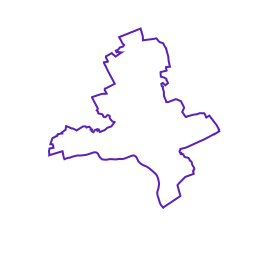 outline of Rundāles pag., Rundales, Latvia, rotated 157°
{"feature_id": "27541924B12061124033846", "entity_name": "Rundāles pag.", "entity_type": "district", "adm_level": 2, "iso_a3": "LVA", "parent_name": "Latvia", "parent_adm1": "Rundales", "projection": "mercator", "projection_center": [24.042, 56.399], "detail": "fine", "context": "isolated", "style": "outline", "palette": "violet", "viewbox_px": 256, "rotation_deg": 157, "n_neighbors": 0, "source": "geoboundaries", "source_scale": "gbopen_adm2", "svg_char_len": 5363}
<svg xmlns="http://www.w3.org/2000/svg" viewBox="0 0 256 256"><g transform="rotate(157 128 128)"><path d="M77.5,214.6L82.0,214.7L83.2,214.7L89.3,214.9L92.9,214.9L95.1,215.0L100.7,215.1L100.2,211.0L100.0,208.2L100.0,207.9L99.1,206.0L100.5,205.1L100.9,204.9L103.9,205.3L105.2,204.7L106.5,204.0L107.5,203.9L108.4,204.0L108.8,204.0L109.1,203.9L108.8,202.1L107.4,202.2L107.0,201.4L106.9,201.4L105.4,200.7L105.0,200.1L104.7,200.0L108.2,199.3L111.5,198.6L113.6,202.7L113.6,203.3L115.4,203.1L120.3,202.5L120.8,201.5L120.4,197.6L120.5,197.3L120.8,196.9L124.5,197.9L124.7,197.6L124.6,195.3L124.6,194.6L124.5,194.4L124.4,193.7L124.2,188.2L122.9,173.9L133.2,173.1L133.7,173.1L133.8,173.2L134.0,173.0L134.3,172.8L134.6,172.2L134.2,168.3L134.2,168.0L135.4,168.3L136.9,168.9L137.8,169.3L138.9,169.6L140.7,169.8L147.8,170.4L148.9,170.5L149.0,170.5L149.1,170.3L149.2,170.0L148.2,158.4L148.2,158.0L148.2,157.6L148.3,157.4L148.5,157.2L149.9,156.4L149.3,155.1L149.2,154.8L149.2,154.5L149.6,153.5L149.6,153.3L149.6,153.1L149.4,152.8L147.0,151.2L146.6,150.9L146.2,150.4L146.2,150.2L146.1,149.9L146.2,148.1L146.1,147.9L146.0,147.7L145.0,147.0L144.9,146.9L144.4,146.9L144.0,147.0L142.2,147.8L141.9,147.8L141.6,147.8L141.4,147.7L140.4,146.7L140.2,146.5L140.2,146.2L140.3,145.7L140.4,145.4L140.9,144.6L140.9,144.3L140.9,144.0L140.8,143.4L140.1,140.9L139.8,140.2L139.7,140.0L139.3,139.6L138.5,139.1L138.1,138.9L138.3,138.5L139.1,138.0L142.6,136.0L143.0,136.0L146.8,136.3L150.4,135.2L155.5,135.3L155.5,135.5L155.6,137.9L156.5,137.5L157.3,137.3L157.3,137.5L157.2,137.6L157.1,138.3L157.0,139.0L157.7,139.0L159.5,139.0L161.5,137.6L162.7,139.2L161.7,140.6L163.1,141.2L162.5,142.1L162.4,142.4L162.6,143.1L163.3,144.4L166.1,144.7L166.4,146.0L168.6,147.0L170.4,146.8L172.3,146.5L175.1,146.1L175.6,146.0L176.2,145.8L178.8,149.0L179.3,149.2L181.0,150.4L181.0,150.5L181.0,150.8L181.9,151.6L183.9,153.6L184.3,153.9L186.1,150.8L190.6,149.7L190.7,148.7L191.6,149.1L191.9,149.3L192.2,149.3L192.6,149.2L194.3,149.5L194.8,149.8L195.5,149.5L195.6,149.4L195.8,148.7L196.5,148.3L197.1,148.4L197.2,148.5L197.3,148.4L197.5,148.4L200.1,148.3L200.1,148.2L201.6,148.1L205.8,143.4L204.4,142.8L203.7,142.4L203.9,141.5L203.9,141.0L203.9,140.9L204.3,138.9L208.3,139.8L209.9,137.3L210.0,137.0L210.3,135.7L211.2,133.6L208.8,133.5L206.4,133.2L205.4,133.1L197.4,132.2L197.5,131.4L198.7,125.8L198.7,124.6L198.7,124.1L196.8,124.1L195.1,124.0L193.1,123.4L190.2,123.3L187.1,122.8L184.7,122.3L183.3,121.5L181.1,120.8L178.1,119.9L176.4,119.6L174.8,119.4L172.7,119.2L170.6,119.1L169.5,119.0L168.4,118.7L167.3,118.2L166.7,117.8L166.1,117.0L165.7,116.1L165.6,113.9L165.3,111.9L164.7,110.4L164.0,109.2L163.3,108.8L162.3,108.2L160.7,107.4L159.3,107.0L157.4,106.6L155.8,106.0L154.0,105.1L152.1,104.1L151.4,103.8L147.7,102.8L145.5,101.6L142.8,101.2L139.7,101.1L136.2,101.0L134.1,100.8L132.9,100.1L131.8,98.4L131.6,96.8L131.5,93.7L131.2,92.5L130.9,91.7L130.4,90.6L129.7,89.4L128.4,87.7L125.9,85.2L123.9,82.1L121.8,77.8L121.0,76.1L120.4,74.6L120.0,73.1L120.0,70.4L120.5,67.3L121.1,64.6L122.2,62.7L123.7,60.4L125.4,58.5L126.4,57.0L127.2,54.1L127.3,52.3L127.9,46.7L127.9,45.4L127.6,43.7L127.3,42.8L126.7,40.9L126.1,41.2L110.6,44.1L107.4,44.7L106.3,45.0L105.6,50.3L104.9,55.6L104.7,56.1L103.2,56.9L99.2,58.6L97.8,59.2L95.3,60.2L94.4,60.6L85.5,60.1L85.3,60.7L85.2,61.5L85.1,62.1L85.1,62.5L85.0,62.8L84.8,63.0L84.6,62.8L84.4,62.8L84.2,63.0L84.0,63.7L83.6,64.2L83.0,64.3L82.8,64.8L82.7,65.6L82.7,66.0L82.9,66.5L83.0,67.4L83.2,68.5L83.2,69.1L83.1,69.9L82.9,70.9L82.8,71.3L82.7,71.7L82.8,72.2L83.0,72.6L83.6,73.6L83.7,73.8L83.8,74.4L83.8,75.1L83.7,75.2L83.7,75.5L83.8,75.8L83.9,76.1L83.9,76.5L84.4,77.2L84.9,77.6L86.0,78.2L86.8,78.9L87.3,79.5L87.3,79.8L87.3,80.4L87.4,81.1L87.4,81.3L87.4,81.9L87.5,82.1L87.7,82.6L87.9,82.8L88.1,82.7L88.5,82.8L89.2,83.1L89.6,83.4L89.6,83.5L89.2,83.6L88.9,83.8L88.8,84.2L88.8,84.4L88.8,84.5L89.0,84.7L89.3,84.7L89.6,84.8L89.8,85.3L89.8,85.7L89.8,86.1L89.7,86.3L89.6,86.5L89.4,86.7L89.2,86.9L89.0,87.1L88.7,87.2L88.2,87.5L88.0,87.9L87.9,88.2L84.2,87.6L82.9,87.4L81.2,87.3L69.8,87.6L67.9,87.7L65.4,87.7L63.1,87.7L58.1,88.1L56.7,88.2L56.3,88.3L51.0,88.8L51.0,88.5L45.3,89.3L45.3,89.6L45.3,90.6L44.8,90.8L45.3,96.0L47.0,102.6L48.3,107.7L51.8,107.0L52.0,107.2L51.8,109.5L51.8,109.9L52.1,111.8L54.9,113.0L56.1,113.6L57.1,113.6L57.4,113.7L59.5,113.7L60.2,114.1L60.8,114.2L62.8,114.7L64.1,114.9L69.5,115.6L69.8,115.3L70.5,115.8L70.7,116.1L71.8,121.6L68.5,124.6L68.4,124.7L68.4,124.8L68.5,127.0L68.8,131.9L68.9,132.0L69.0,132.2L69.3,132.5L72.1,135.4L72.6,135.8L75.2,136.0L80.5,136.1L81.3,136.3L82.6,136.9L82.6,137.0L82.4,138.0L82.4,138.5L82.4,143.1L81.8,145.2L81.7,145.4L81.0,146.5L80.5,150.4L80.4,150.9L79.7,152.5L80.5,153.2L80.1,155.6L78.3,155.9L77.7,154.4L77.0,152.8L73.6,153.7L73.8,156.7L73.7,156.7L73.5,158.3L75.1,160.4L77.7,162.4L76.4,166.3L76.3,166.6L76.1,166.7L75.9,166.7L73.7,166.3L70.1,165.7L70.0,165.8L69.8,166.7L69.7,167.1L69.7,168.5L69.1,169.2L65.4,168.0L65.3,169.1L64.4,173.6L64.2,174.4L63.6,176.4L63.1,177.7L63.0,178.0L62.9,179.0L62.2,184.3L62.0,185.1L62.0,185.3L62.0,185.6L62.0,185.9L61.9,185.9L61.9,186.2L62.0,186.2L62.0,187.4L62.2,188.5L62.4,190.0L62.6,192.2L62.7,192.5L64.7,194.1L65.4,195.0L65.9,196.0L66.2,197.3L66.7,199.0L66.8,199.3L66.9,199.5L67.1,199.6L68.9,199.8L80.0,202.9L78.9,205.6L78.6,206.5L78.3,208.4L78.3,208.6L77.7,213.4L77.5,214.6Z" fill="none" stroke="#5b21b6" stroke-width="2"/></g></svg>